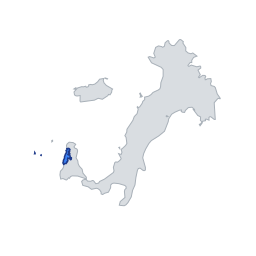 where Agrigento sits in Italy, rotated 75°
{"feature_id": "ITA-5417", "entity_name": "Agrigento", "entity_type": "Province", "adm_level": 1, "iso_a3": "ITA", "parent_name": "Italy", "parent_adm1": "", "projection": "mercator", "projection_center": [13.389, 36.616], "detail": "fine", "context": "in_parent", "style": "filled", "palette": "blue", "viewbox_px": 256, "rotation_deg": 75, "n_neighbors": 0, "source": "natural_earth", "source_scale": "10m", "svg_char_len": 5332}
<svg xmlns="http://www.w3.org/2000/svg" viewBox="0 0 256 256"><g transform="rotate(75 128 128)"><path d="M58.9,52.2L60.2,53.0L65.3,51.3L68.4,52.3L71.0,50.6L72.6,48.0L72.3,46.0L76.4,42.8L76.8,46.4L79.1,48.9L81.3,49.5L80.8,50.9L83.0,53.9L83.9,53.7L84.2,53.1L83.6,50.6L86.7,45.7L86.8,42.3L87.4,41.9L88.9,42.2L90.2,45.4L95.3,44.4L97.1,46.8L97.9,46.3L96.5,42.2L97.2,40.0L98.5,39.6L99.5,40.7L101.4,40.9L101.5,39.7L101.0,38.9L101.7,35.2L104.7,35.5L106.4,36.8L108.5,36.8L110.2,33.9L111.6,33.2L118.2,33.0L123.2,31.2L123.6,31.6L122.7,33.0L123.0,33.9L125.9,38.2L142.3,41.5L142.0,42.5L138.5,45.2L138.3,46.2L138.8,47.1L141.4,47.7L139.6,50.2L139.6,51.1L141.0,51.2L140.8,54.2L142.5,55.2L144.5,57.8L142.5,58.3L143.3,57.6L141.4,55.0L139.3,56.1L136.1,55.0L133.9,57.4L126.4,60.4L127.7,59.0L127.2,59.0L124.5,60.8L123.9,64.4L125.9,68.0L127.6,69.3L126.8,71.4L125.8,72.3L124.5,71.7L124.1,73.6L124.9,78.7L126.0,82.3L129.7,86.3L132.4,87.6L140.6,93.6L143.6,100.3L146.2,108.7L148.3,111.8L152.8,116.3L156.8,119.5L160.6,121.5L170.6,121.4L173.1,122.1L173.4,123.5L172.9,124.4L169.9,126.7L169.8,128.5L171.2,129.8L177.9,133.2L184.8,136.0L189.4,139.7L195.4,142.7L200.1,147.4L201.7,149.9L202.1,151.8L200.9,155.1L200.3,156.4L197.0,154.5L194.3,148.9L188.4,147.9L186.7,147.0L185.7,145.3L183.9,145.1L182.6,146.0L179.4,151.2L177.6,155.8L177.5,157.6L178.5,159.4L181.3,160.3L184.9,163.5L185.0,167.5L185.7,169.7L184.7,171.0L182.9,170.6L180.4,171.4L178.7,172.9L178.0,174.2L177.8,179.1L174.5,181.7L171.7,186.5L167.6,186.6L166.6,185.1L166.5,182.8L167.3,181.5L168.8,180.8L169.8,177.9L169.5,175.9L170.1,174.9L173.5,173.5L173.6,170.6L172.3,169.3L171.3,164.0L167.2,153.6L165.8,152.6L162.2,152.3L157.9,149.6L157.6,148.4L158.3,147.3L157.9,145.8L156.5,143.2L155.6,142.5L150.3,143.7L151.8,141.5L149.9,140.1L146.6,140.2L146.6,139.2L144.3,134.9L142.7,133.1L136.6,132.3L134.6,133.0L131.7,130.3L128.9,129.3L122.0,121.4L118.6,119.0L116.5,115.5L112.3,113.2L110.3,113.8L109.8,113.4L110.9,112.7L110.7,111.3L107.8,107.9L106.1,106.8L104.9,104.5L102.5,104.0L102.6,99.9L101.7,97.1L100.1,94.6L99.1,88.8L98.4,87.1L96.7,85.9L92.7,84.5L87.2,80.7L80.6,78.9L78.0,80.2L71.1,88.4L64.8,90.2L64.6,88.6L67.1,84.8L66.6,83.3L62.6,83.8L57.3,80.4L56.6,77.3L58.1,74.4L59.0,73.7L58.5,71.7L55.3,70.1L54.0,67.5L53.9,66.6L54.8,66.1L56.6,66.3L59.6,64.5L60.4,61.9L56.0,55.5L56.2,54.2L58.9,52.2ZM127.1,87.9L127.3,86.4L126.0,87.3L126.4,88.1L127.1,87.9ZM166.4,181.4L161.4,189.0L159.8,194.2L160.0,196.1L161.4,197.5L160.7,198.1L162.2,200.5L162.2,201.2L160.0,203.9L159.9,206.2L155.7,205.9L152.3,204.5L150.6,201.8L149.3,200.6L147.8,199.7L144.8,199.8L143.5,199.2L135.7,193.9L132.6,192.4L129.0,192.0L127.6,190.9L126.5,188.5L127.9,184.8L130.2,182.7L132.3,185.1L134.1,184.3L134.2,183.6L135.5,182.6L137.2,182.6L143.4,185.9L146.7,185.0L149.6,185.4L152.3,184.9L155.9,183.0L160.0,183.2L164.7,181.0L166.4,181.4ZM91.5,139.0L93.6,145.3L91.6,149.1L92.4,153.2L90.6,167.0L89.6,167.4L84.3,165.8L83.9,169.0L83.2,170.3L82.1,171.1L79.2,170.8L76.3,166.4L76.1,161.9L76.7,160.6L76.7,158.0L77.8,157.8L77.9,156.1L77.3,155.2L76.2,154.8L76.2,152.9L77.0,151.3L77.0,148.7L75.5,145.3L73.5,142.8L73.9,138.5L75.6,139.6L78.2,139.5L81.3,137.9L86.4,132.8L87.1,133.7L89.3,134.6L91.3,136.8L90.5,138.2L91.5,139.0ZM101.0,105.9L101.5,106.9L101.3,108.3L100.3,107.5L97.7,107.8L97.4,107.1L100.5,106.5L101.0,105.9ZM77.1,168.6L76.3,170.2L75.6,168.1L75.7,167.8L77.1,168.6ZM75.4,135.4L74.2,137.2L73.7,137.1L75.1,135.0L75.4,135.4ZM121.7,205.2L120.3,204.8L120.3,204.0L121.3,204.2L121.7,205.2ZM145.6,141.4L144.4,141.9L144.4,141.0L145.6,141.4Z" fill="#d9dde1" stroke="#a8b0b8" stroke-width="1"/><path d="M146.5,199.6L145.7,199.6L145.4,199.8L144.7,199.8L143.9,199.2L143.5,199.0L142.9,198.9L142.5,198.7L142.1,198.4L141.0,197.3L140.6,197.1L140.2,197.0L139.6,196.9L139.2,196.7L138.8,196.4L138.2,195.9L137.7,195.6L137.4,195.4L137.1,195.3L137.0,195.2L136.7,194.6L136.4,194.4L136.2,194.2L135.9,194.0L135.8,193.8L135.7,193.7L134.2,193.5L133.9,193.6L133.7,193.6L133.7,193.4L133.6,193.1L133.2,192.6L132.8,192.4L132.2,192.4L132.4,191.9L132.5,191.2L132.2,191.1L132.4,190.5L132.8,190.1L133.3,189.8L133.7,189.7L133.9,189.7L133.9,189.8L134.2,190.3L134.5,190.4L135.2,190.4L135.9,190.6L136.1,190.8L136.2,191.3L136.4,191.5L136.6,191.6L136.8,191.5L136.8,191.4L137.0,191.3L137.3,191.3L137.4,191.2L137.6,191.0L137.8,190.9L137.9,191.1L137.9,191.3L137.6,192.0L137.8,192.6L137.9,192.8L138.0,192.9L138.5,192.6L138.6,192.4L138.3,192.1L138.4,191.8L138.5,191.7L138.8,191.5L138.9,191.3L139.1,191.2L141.0,191.3L141.6,191.1L141.8,190.9L141.9,190.5L142.0,190.4L142.7,190.6L142.9,190.7L143.1,190.7L143.3,190.8L143.5,190.9L143.6,191.1L143.7,191.3L143.8,191.5L143.7,191.6L143.6,191.8L142.7,192.2L142.4,192.2L142.2,192.1L141.9,192.1L141.9,192.4L142.2,192.9L142.2,193.3L142.1,193.5L141.9,193.7L141.6,193.8L141.5,194.0L142.0,194.2L142.1,194.3L142.4,194.5L142.6,194.6L142.8,194.6L144.0,194.5L144.3,195.0L144.6,195.0L144.9,195.3L144.7,195.5L145.0,196.1L145.5,196.2L145.7,196.3L145.9,196.6L146.2,196.9L146.3,197.0L146.2,197.4L145.9,198.1L145.9,198.3L146.0,198.5L146.3,199.0L146.5,199.2L146.5,199.6ZM135.5,191.7L135.8,191.6L135.7,191.4L135.4,191.3L135.3,191.5L135.5,191.7ZM128.8,224.5L128.7,224.8L128.6,224.7L128.0,224.5L127.7,224.4L128.0,224.3L128.7,224.4L128.8,224.4L128.8,224.5ZM131.8,218.9L132.0,219.0L131.9,219.2L131.7,219.2L131.6,218.9L131.8,218.9Z" fill="#3b82f6" stroke="#1e3a8a" stroke-width="1.5"/></g></svg>